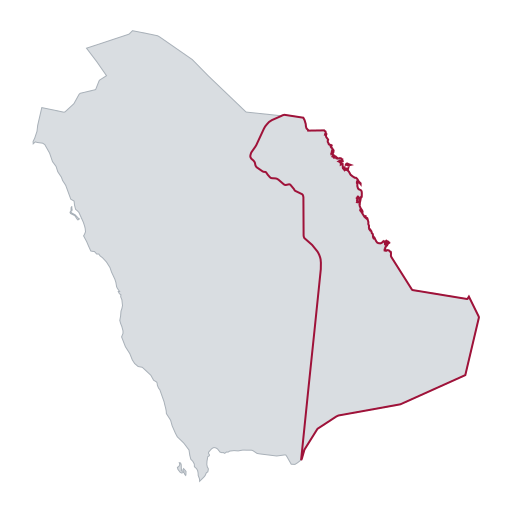 Saudi Arabia, with Ash Sharqiyah highlighted
{"feature_id": "SAU-1098", "entity_name": "Ash Sharqiyah", "entity_type": "Region", "adm_level": 1, "iso_a3": "SAU", "parent_name": "Saudi Arabia", "parent_adm1": "", "projection": "equal_earth", "projection_center": [49.771, 23.094], "detail": "fine", "context": "in_parent", "style": "outline", "palette": "rose", "viewbox_px": 512, "rotation_deg": 0, "n_neighbors": 0, "source": "natural_earth", "source_scale": "10m", "svg_char_len": 9537}
<svg xmlns="http://www.w3.org/2000/svg" viewBox="0 0 512 512"><path d="M400.4,404.3L339.8,415.2L336.5,416.4L317.5,428.8L304.5,449.6L301.4,459.5L299.8,461.0L297.2,463.0L294.9,464.4L291.2,464.2L286.9,456.6L285.8,455.0L284.8,454.9L276.7,456.0L259.8,453.9L257.0,453.4L253.3,450.9L252.3,450.4L251.4,450.2L242.6,450.1L238.2,450.9L234.0,450.6L229.7,451.1L228.1,452.1L226.4,452.0L225.4,452.9L224.4,453.3L223.3,452.5L222.0,452.7L220.0,452.1L218.7,450.4L217.5,448.9L216.2,448.1L214.8,447.6L213.6,447.6L212.0,448.5L211.0,449.4L208.6,452.2L208.5,453.3L209.5,455.0L209.2,455.8L207.7,456.8L207.3,459.5L207.0,461.0L206.8,464.5L207.4,467.3L208.2,468.3L208.3,469.5L207.8,471.9L206.4,472.7L205.4,475.0L204.8,476.0L203.8,477.2L199.6,481.3L199.5,478.9L198.2,475.4L198.1,473.0L197.6,470.5L196.5,468.6L194.4,466.7L194.3,464.0L192.8,461.3L190.8,459.2L189.8,455.3L189.0,450.0L183.8,443.1L177.3,436.8L175.4,433.2L172.2,425.9L170.6,420.2L166.4,413.6L166.2,411.0L165.6,407.9L164.7,404.5L164.1,401.8L159.9,389.9L158.5,388.0L157.4,385.3L157.1,383.2L156.7,382.1L153.6,380.2L150.8,375.2L142.3,367.3L138.1,366.5L134.7,363.6L132.3,359.9L129.8,353.6L125.4,346.7L121.6,336.9L123.0,333.4L123.0,330.9L121.9,326.7L120.6,323.4L119.8,320.4L120.6,316.0L121.0,311.1L121.9,308.5L122.5,305.6L121.9,299.8L120.7,296.8L120.9,294.7L119.4,293.7L118.3,291.5L119.6,291.5L117.4,288.4L116.6,286.7L115.9,282.5L114.9,279.3L111.5,272.0L110.0,267.6L106.4,261.9L102.5,257.7L100.0,255.8L98.8,254.0L96.7,254.0L94.4,251.5L92.8,251.4L90.8,251.0L88.6,246.2L86.7,241.7L83.6,235.9L84.5,234.3L85.5,231.8L85.2,228.6L84.7,226.4L83.4,222.4L78.9,212.4L77.6,211.0L75.6,209.3L74.5,205.0L74.1,201.1L70.8,199.2L65.7,185.3L62.6,180.5L61.4,177.2L57.8,171.8L56.1,166.5L52.5,161.6L49.6,153.1L44.8,144.6L42.7,143.2L37.5,142.5L35.3,141.9L33.2,143.8L33.1,141.4L34.7,138.2L37.0,131.3L37.7,125.3L41.8,107.6L63.9,112.2L65.0,111.9L73.9,103.7L79.1,94.3L80.2,93.3L95.3,89.7L95.8,89.2L99.1,80.8L99.4,80.4L99.9,79.9L106.5,75.7L96.7,61.6L86.5,48.2L128.6,34.3L129.3,33.9L132.5,30.7L150.7,34.3L157.7,35.8L159.9,37.1L192.3,59.6L208.2,75.8L245.8,111.8L246.4,112.1L280.7,115.7L284.4,114.8L293.8,116.2L303.3,117.8L305.1,122.1L305.8,125.0L306.4,127.9L308.2,130.6L316.2,130.5L324.4,130.3L325.6,133.0L326.1,135.6L328.2,141.9L331.3,146.8L332.1,148.5L332.6,151.2L332.0,152.2L331.8,153.4L334.1,156.1L337.9,158.3L339.4,158.9L341.1,159.9L339.8,161.5L342.0,165.1L344.6,168.7L347.4,169.5L351.2,175.1L356.9,178.7L360.4,183.4L360.1,183.5L359.1,183.0L357.8,182.4L357.4,182.9L357.5,184.9L357.8,187.2L359.6,189.3L361.1,190.7L361.8,193.4L360.5,199.3L360.1,199.3L359.3,198.8L358.4,198.7L357.9,199.1L359.0,203.3L360.0,206.6L361.3,209.2L362.3,212.9L363.2,214.6L366.9,218.6L368.1,222.0L369.1,228.2L371.5,231.7L372.7,234.4L374.4,236.7L375.5,239.9L377.1,242.3L377.9,242.9L379.1,243.1L380.6,243.2L382.4,242.5L384.3,241.9L385.9,243.2L387.4,243.0L387.6,244.1L386.5,245.7L385.3,249.6L387.1,250.2L388.8,250.5L390.1,251.1L390.8,251.1L390.8,251.9L390.9,255.7L391.4,257.1L412.2,290.0L467.1,299.0L467.4,298.9L468.8,296.6L478.9,316.9L465.3,375.1L400.4,404.3ZM182.0,471.2L183.7,471.3L183.0,470.4L182.9,469.9L183.6,468.6L186.0,471.4L185.9,474.7L185.7,475.4L185.0,474.7L184.6,474.0L184.5,473.3L183.8,472.5L181.5,473.0L180.0,472.1L177.9,469.3L177.4,467.3L178.3,466.9L179.2,465.9L179.8,464.4L179.3,462.7L180.6,463.0L181.2,464.7L181.3,468.5L181.5,469.3L181.1,470.2L182.0,471.2ZM78.2,219.8L77.6,219.8L76.2,217.8L75.4,216.4L74.5,215.5L70.5,213.5L70.0,212.3L70.7,211.1L71.1,212.3L71.8,213.0L75.1,214.8L78.7,218.6L79.4,218.9L78.2,219.8ZM72.0,210.4L71.8,210.8L71.0,209.8L71.1,207.6L71.9,206.3L71.8,208.0L72.1,209.8L72.0,210.4Z" fill="#d9dde1" stroke="#a8b0b8" stroke-width="1"/><path d="M374.5,237.9L376.1,241.1L377.1,242.5L378.2,243.1L379.5,243.3L380.7,243.3L381.8,242.8L383.2,241.4L383.3,241.6L384.4,241.4L384.9,242.1L385.2,241.8L385.2,242.3L385.1,242.5L384.8,242.8L384.9,243.1L385.0,243.4L385.0,244.4L385.1,244.5L385.5,244.4L385.8,244.1L386.3,242.8L386.9,242.2L387.1,241.9L387.1,241.2L387.4,241.4L388.1,241.6L388.3,242.3L388.9,242.4L389.3,242.6L389.3,242.8L388.1,243.4L387.9,243.9L387.4,244.6L387.1,245.4L385.8,246.5L385.2,247.7L385.1,249.4L384.6,249.5L384.6,250.5L386.0,250.8L386.5,250.7L387.2,250.1L387.5,250.1L388.9,250.4L389.3,250.8L389.9,251.6L390.8,252.0L391.0,253.1L390.9,255.7L391.1,256.4L391.4,257.1L411.8,289.4L412.3,289.9L412.8,290.1L467.1,299.0L467.5,298.9L468.9,296.6L478.6,316.3L478.8,316.9L478.9,317.6L465.3,375.1L400.4,404.3L338.4,415.5L336.3,416.5L317.8,428.6L317.3,429.1L304.7,449.2L304.3,450.1L301.8,458.9L301.1,460.1L308.4,388.7L314.4,331.4L320.8,269.2L320.9,262.8L320.6,259.3L320.1,257.3L319.2,254.8L318.3,253.0L317.5,251.6L312.1,244.9L304.6,238.3L304.2,237.8L303.8,236.7L303.6,235.5L303.4,197.2L303.1,195.8L302.7,194.8L302.1,194.2L295.3,190.9L294.9,190.6L294.5,190.1L293.9,189.0L290.5,184.9L290.0,184.5L289.5,184.3L289.0,184.3L285.8,185.0L284.9,184.9L283.9,184.4L278.7,179.9L277.4,179.0L276.4,178.6L275.5,178.4L272.0,178.2L271.1,178.0L270.6,177.8L269.7,177.0L267.7,174.7L266.4,172.8L266.0,172.3L265.6,172.0L263.6,171.8L262.6,171.4L256.7,167.3L256.2,166.7L255.7,165.9L255.4,165.2L254.9,162.8L254.6,162.1L254.2,161.5L253.4,160.5L251.4,158.8L250.6,157.5L250.4,156.9L250.3,156.3L250.4,155.3L250.6,154.5L251.1,152.9L251.6,152.0L255.2,146.9L256.3,145.1L263.9,128.7L265.2,126.4L266.9,124.3L269.0,122.0L271.9,120.1L281.9,115.7L282.2,115.4L284.4,114.8L303.3,117.7L304.6,120.2L305.7,123.9L305.9,126.2L306.3,127.8L306.6,128.5L308.0,129.9L308.1,130.6L324.2,130.4L324.7,131.0L325.5,131.5L325.8,133.0L325.8,133.9L325.6,134.5L325.1,134.3L325.0,134.7L325.4,134.7L325.7,134.6L326.0,134.4L326.1,133.9L326.4,134.1L326.3,134.4L326.1,134.9L326.0,135.6L326.1,136.6L326.3,137.2L328.1,139.5L328.2,139.8L327.9,140.4L327.7,140.9L327.7,141.4L327.8,142.0L328.8,143.9L328.8,144.3L329.8,144.9L330.8,144.9L331.7,145.4L331.6,145.9L331.4,146.0L331.1,145.9L330.8,146.1L330.7,146.3L330.7,146.7L331.3,147.6L331.8,148.0L332.2,148.2L332.7,149.2L333.5,150.2L333.6,150.5L333.4,151.1L333.4,151.7L333.5,151.9L333.4,152.1L333.0,153.0L332.7,153.3L332.9,152.7L332.8,152.0L332.9,151.6L333.1,151.1L333.0,150.7L332.7,151.1L332.3,152.2L332.0,152.5L332.4,150.9L332.3,150.4L332.1,150.4L332.0,150.8L331.6,152.8L331.5,153.3L331.4,153.5L331.7,153.6L331.8,153.5L332.0,153.0L332.1,152.8L332.1,154.1L332.2,154.4L332.4,154.4L332.6,154.1L332.7,153.8L332.8,154.1L332.8,155.0L333.1,155.1L333.3,155.0L333.6,154.4L333.6,154.9L333.4,155.2L333.5,155.5L333.1,155.7L333.4,156.5L332.9,156.2L332.7,156.2L332.5,156.5L333.0,156.7L333.4,156.7L333.6,156.5L333.8,155.9L334.0,155.9L334.1,156.4L333.9,156.7L333.8,157.2L333.9,157.7L334.3,157.7L334.1,156.9L334.3,156.6L334.5,156.5L335.4,156.3L335.7,156.5L336.4,157.3L337.2,157.8L337.4,158.1L337.0,158.5L337.3,158.6L337.6,158.6L337.7,158.4L337.6,158.1L338.3,158.4L339.1,158.5L339.8,158.1L341.1,158.4L341.5,158.8L341.9,159.6L342.4,160.0L342.5,160.2L342.7,161.2L342.4,161.2L342.2,160.8L342.2,160.4L341.6,161.0L340.5,160.9L340.1,161.4L339.9,161.4L339.8,160.9L339.4,160.9L338.6,161.4L339.5,161.8L339.9,162.2L340.2,162.3L340.4,162.7L340.9,162.2L341.1,161.8L341.6,162.1L341.5,162.5L340.9,163.1L340.8,164.5L341.3,164.2L341.7,163.8L342.0,163.7L342.7,164.1L342.5,164.6L342.8,166.3L342.8,167.5L342.9,168.0L343.2,168.0L343.2,168.5L343.4,168.7L343.6,168.6L343.8,168.3L343.7,167.9L343.9,167.6L344.2,167.6L344.5,168.0L344.7,167.7L344.8,168.1L344.5,169.2L344.3,169.3L343.8,169.3L344.0,169.6L344.5,169.7L344.7,170.1L344.9,169.9L345.3,169.1L345.4,169.3L345.2,169.8L345.4,169.9L345.9,169.7L346.8,170.0L347.1,170.1L346.6,169.3L346.4,168.9L346.7,168.5L347.0,168.5L347.4,168.9L347.6,168.9L348.2,168.3L347.9,169.5L347.9,169.9L348.1,170.9L348.6,171.3L349.0,171.8L350.2,174.1L350.8,175.0L351.6,175.5L352.4,176.3L353.7,177.0L354.5,177.7L356.0,177.8L356.6,178.3L357.3,179.0L358.3,180.7L358.7,181.5L360.2,182.9L360.6,183.3L360.6,184.1L359.7,183.0L359.2,182.6L357.7,182.3L357.5,182.0L357.3,181.0L357.2,181.2L357.0,181.6L356.9,182.1L356.9,182.8L356.9,183.1L357.4,183.8L357.3,186.0L357.9,188.2L358.1,188.6L358.5,189.0L358.8,189.3L360.7,190.1L361.3,190.7L361.7,191.7L361.8,193.0L361.8,196.1L361.7,196.8L361.5,197.3L361.1,197.7L361.1,197.2L360.9,197.1L360.7,197.2L360.5,197.5L360.6,198.2L360.6,199.3L360.2,201.2L359.9,200.9L359.8,200.5L359.8,199.6L359.6,199.3L359.1,198.6L358.8,198.5L358.7,197.7L358.6,197.3L358.2,196.7L357.9,196.5L357.7,196.6L357.1,197.9L356.7,198.2L356.8,198.6L357.2,199.1L357.4,200.0L357.1,200.3L357.0,200.5L357.2,201.7L357.0,202.2L357.4,202.3L357.7,202.1L357.8,201.7L357.7,201.2L357.9,201.3L358.3,201.8L358.6,201.8L358.7,202.3L359.4,202.5L359.6,202.9L359.7,203.4L359.9,203.9L359.9,204.1L359.5,204.6L359.7,206.0L360.3,207.4L360.7,208.4L362.0,210.2L362.5,211.3L362.7,212.7L362.2,211.3L362.1,211.1L361.8,211.0L361.2,210.6L361.0,210.2L360.6,209.8L360.3,209.8L360.2,210.4L360.4,210.7L360.9,211.2L361.1,211.5L361.3,211.1L362.2,213.2L364.6,217.0L365.2,217.5L364.9,216.4L365.4,216.1L365.5,216.1L365.5,216.8L365.8,217.1L366.0,217.5L367.1,218.0L367.3,218.2L367.7,219.5L367.8,220.1L368.3,221.7L368.4,222.4L368.3,223.7L368.3,224.1L369.0,225.7L369.0,226.2L368.9,227.3L369.1,228.5L369.2,229.1L369.5,229.5L369.6,228.9L370.2,229.5L371.0,230.8L371.4,231.3L371.8,233.2L372.3,233.6L372.8,234.1L372.9,235.2L373.0,236.9L373.5,238.2L373.7,238.5L374.0,238.5L374.5,237.9ZM347.5,163.6L348.4,164.1L350.6,164.9L350.2,165.0L349.2,164.7L348.9,164.7L348.6,164.9L348.0,165.4L347.8,165.2L347.7,165.2L347.4,165.0L347.4,164.9L347.7,164.7L347.8,164.6L347.5,164.2L347.3,164.0L346.4,164.4L346.1,164.7L345.7,165.6L345.7,164.9L346.0,164.2L346.7,163.6L347.3,163.5L347.5,163.6Z" fill="none" stroke="#9f1239" stroke-width="2"/></svg>